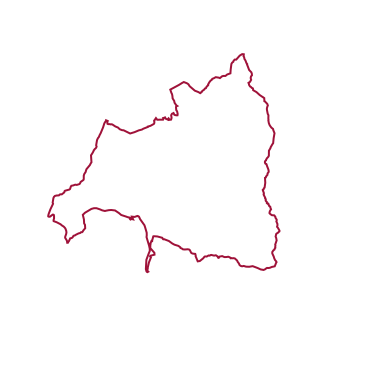 Campulung Moldovenesc, Suceava, Romania, rotated 50°
{"feature_id": "2599482B38136617822429", "entity_name": "Campulung Moldovenesc", "entity_type": "district", "adm_level": 2, "iso_a3": "ROU", "parent_name": "Romania", "parent_adm1": "Suceava", "projection": "robinson", "projection_center": [25.58, 47.494], "detail": "fine", "context": "isolated", "style": "outline", "palette": "rose", "viewbox_px": 384, "rotation_deg": 50, "n_neighbors": 0, "source": "geoboundaries", "source_scale": "gbopen_adm2", "svg_char_len": 6025}
<svg xmlns="http://www.w3.org/2000/svg" viewBox="0 0 384 384"><g transform="rotate(50 192 192)"><path d="M125.4,316.7L128.2,315.1L132.3,313.4L133.8,313.2L136.1,312.5L137.7,312.4L138.7,312.5L140.9,313.3L142.3,314.2L143.3,315.4L144.7,317.8L145.5,318.6L148.8,319.1L150.7,320.2L151.1,319.6L150.7,318.8L150.5,317.8L149.2,315.1L149.9,313.8L150.0,312.7L149.4,310.9L150.0,309.7L150.0,308.9L150.8,305.5L151.5,304.1L151.5,302.8L152.1,302.1L152.1,301.3L151.6,300.0L151.1,297.1L148.4,295.1L146.7,294.8L143.5,292.4L139.3,290.3L139.1,287.3L140.3,279.9L141.4,277.5L143.0,275.6L146.1,273.7L148.3,272.6L150.6,270.9L151.0,270.0L152.5,267.3L153.9,265.4L156.7,262.8L161.2,261.5L164.1,261.0L169.1,257.9L169.6,257.7L172.3,255.6L172.5,256.8L173.1,256.9L173.6,256.8L173.8,255.6L175.1,254.7L172.3,253.8L174.2,252.0L175.2,249.3L176.0,248.9L175.9,248.8L176.2,248.6L177.0,248.5L179.4,249.2L186.9,249.8L188.9,250.6L194.1,252.9L196.2,254.6L197.3,255.8L205.6,259.4L208.2,260.8L210.0,262.2L211.3,264.7L214.6,270.5L221.4,276.9L223.6,277.9L224.1,277.9L224.7,277.7L224.9,276.7L223.5,276.8L222.1,275.0L221.8,274.9L218.3,270.3L215.7,265.5L214.4,265.5L214.1,264.9L215.9,261.0L214.4,259.9L208.1,260.0L205.5,257.7L205.2,257.1L204.7,257.0L203.8,255.1L204.0,254.5L203.4,254.4L203.3,254.0L203.5,253.6L201.1,250.2L201.3,249.7L203.8,247.1L208.0,244.2L209.2,244.5L209.8,244.4L210.2,243.7L214.7,241.2L218.8,240.2L221.1,239.3L224.5,237.1L226.8,236.5L227.5,236.8L228.8,236.1L230.1,235.8L231.4,234.5L233.1,232.1L234.2,231.2L235.1,231.0L238.0,231.7L238.6,231.6L239.7,231.0L241.5,229.3L242.9,229.9L243.5,230.5L248.8,232.2L249.9,230.4L250.0,226.1L249.6,224.1L249.7,223.5L250.9,222.2L251.2,220.5L251.4,219.9L252.1,219.4L252.3,218.2L252.6,217.7L254.9,216.0L255.8,214.4L257.6,213.9L259.2,214.2L259.6,213.9L259.6,213.5L259.1,212.6L260.5,210.1L262.7,209.0L264.2,207.1L264.8,205.9L266.4,205.0L267.6,205.0L267.9,204.3L268.5,204.0L269.3,202.8L270.4,201.9L273.5,201.5L274.8,201.9L276.9,202.0L278.5,202.5L279.9,202.2L281.1,201.4L281.9,199.9L283.9,198.6L286.0,196.3L287.8,193.2L292.4,190.6L295.4,189.2L297.7,187.3L298.2,185.7L298.2,184.4L298.4,183.3L299.3,182.4L300.1,181.1L300.7,179.1L302.1,176.4L300.9,174.1L300.4,173.4L300.2,172.5L299.5,172.1L297.4,172.1L295.6,171.6L294.0,170.9L290.7,170.0L289.7,169.2L289.5,168.9L289.0,167.0L289.1,165.8L288.5,165.0L288.3,164.0L287.7,163.7L286.5,162.4L285.8,162.1L283.5,158.3L281.2,157.0L279.9,156.6L278.3,154.5L278.3,153.0L278.5,152.2L278.3,151.4L278.4,150.7L278.4,150.4L277.8,149.8L274.7,149.2L273.3,149.2L272.6,148.1L271.4,147.1L268.8,146.3L268.5,145.7L267.6,144.9L265.3,144.6L264.6,144.1L262.8,144.0L261.1,145.7L259.3,146.2L257.9,146.2L256.8,144.8L256.3,143.5L256.1,142.6L254.1,141.9L253.5,141.5L252.5,141.9L251.9,141.6L251.3,141.6L250.0,141.0L249.7,141.1L249.6,141.6L248.6,141.8L247.9,141.1L246.3,141.2L245.5,140.8L245.4,140.5L244.9,140.1L243.7,140.0L243.4,139.6L240.3,138.9L239.9,138.7L239.7,138.1L239.1,137.9L238.4,137.3L237.7,137.2L235.9,136.5L235.8,135.9L236.0,135.5L235.4,134.6L235.3,134.2L235.3,133.6L232.1,130.0L228.1,127.0L228.3,126.2L228.1,125.7L227.7,125.3L227.4,123.3L226.3,122.1L226.0,120.6L225.4,119.9L223.8,119.0L219.7,117.6L218.7,117.1L218.2,117.1L217.7,117.5L217.2,117.5L216.3,117.2L215.7,116.7L215.4,116.3L215.3,114.9L214.9,114.5L214.3,112.8L214.1,111.0L213.6,109.8L209.8,106.5L208.9,103.9L208.3,103.0L207.1,99.8L206.8,98.5L203.3,94.9L200.0,91.0L197.0,90.0L195.8,89.4L193.7,89.8L191.9,89.7L190.5,89.5L188.5,88.8L186.1,87.4L186.0,87.1L184.8,86.3L182.3,84.1L180.7,83.7L177.1,81.7L176.0,80.8L174.9,79.2L174.5,78.3L172.9,77.7L169.5,77.9L169.0,78.2L166.5,76.3L161.3,77.8L156.9,78.4L153.3,79.7L152.1,78.9L151.5,78.8L150.7,79.3L149.5,79.3L148.4,79.7L146.5,79.4L145.8,78.9L144.7,78.6L144.9,76.8L144.1,74.6L143.7,74.5L142.3,73.7L141.4,72.5L141.1,71.0L139.6,70.0L138.4,69.6L135.3,69.8L129.5,67.8L129.4,67.5L128.1,67.4L125.6,66.5L123.8,66.3L122.2,65.4L121.0,65.2L120.6,64.6L119.8,63.8L119.0,64.5L118.6,65.1L118.2,67.8L119.0,73.0L118.0,74.2L118.3,76.0L118.8,76.7L118.7,77.9L119.1,79.3L119.5,79.8L123.0,83.6L125.8,86.3L124.6,89.5L124.6,91.8L123.3,93.3L122.7,94.5L122.7,97.4L121.6,98.0L119.3,100.0L118.8,102.6L118.4,103.5L118.5,104.3L118.8,104.9L118.6,106.3L118.9,107.0L119.0,108.0L120.0,110.6L120.5,110.8L120.6,111.1L120.7,113.1L121.4,114.6L121.0,115.7L121.4,116.8L121.2,119.2L121.6,119.9L121.4,120.7L121.7,121.8L121.6,122.2L119.7,122.8L116.2,124.7L109.5,125.8L107.1,125.5L105.4,126.0L102.5,127.6L102.1,129.5L101.6,133.1L99.6,142.8L102.6,144.0L104.2,144.4L105.7,145.2L107.9,146.7L110.8,147.1L112.4,148.0L115.5,148.3L116.6,148.0L116.3,149.1L116.7,149.7L119.1,151.4L120.7,151.6L123.0,152.8L123.9,153.8L123.4,154.5L122.1,155.6L121.3,155.9L120.2,155.5L119.6,155.4L119.2,157.0L119.8,158.6L122.1,160.0L123.1,161.5L121.8,163.6L121.4,163.4L120.9,162.6L120.5,162.6L120.8,164.1L119.0,165.0L117.5,164.7L117.3,165.5L116.8,166.6L117.6,166.9L118.0,167.7L116.2,169.8L114.3,172.2L112.2,172.1L112.6,173.5L112.9,174.2L112.9,175.0L113.1,175.3L114.2,175.8L115.1,176.8L115.3,177.2L115.3,177.7L114.6,181.3L113.5,183.8L113.8,184.0L112.2,188.7L112.0,190.2L110.6,193.1L109.2,197.6L107.4,201.8L100.8,204.7L99.7,205.8L97.5,207.0L95.0,207.3L92.5,208.6L89.1,209.6L88.3,210.2L88.0,210.8L87.1,211.4L86.3,212.4L85.7,212.8L85.4,212.9L84.3,212.2L83.4,210.9L81.9,211.7L82.1,211.9L82.5,213.4L83.1,215.1L85.3,218.5L88.3,224.3L89.0,226.1L90.0,228.0L90.3,229.5L91.2,231.4L94.6,235.4L95.9,235.9L96.4,236.9L96.6,237.6L96.6,239.0L96.9,239.8L96.9,240.4L97.5,241.4L98.2,243.2L99.0,245.8L104.6,249.9L105.0,251.3L105.7,252.8L106.7,258.2L107.6,259.7L108.2,260.4L109.0,263.0L109.9,264.4L112.6,266.7L113.0,267.5L112.7,270.8L113.3,272.0L113.6,273.1L112.5,275.7L111.3,276.8L110.6,278.8L109.7,280.4L110.0,281.4L111.3,283.5L111.3,284.3L109.4,288.5L109.5,289.2L110.2,290.1L110.1,293.2L109.0,294.5L109.0,296.2L107.7,297.9L106.9,299.5L107.0,300.9L107.6,302.1L110.6,305.6L111.7,306.0L114.3,311.7L116.5,315.6L117.5,317.1L118.3,317.8L119.0,317.5L119.6,316.7L119.8,313.2L120.2,312.8L120.7,312.6L121.7,313.1L123.6,314.7L124.6,316.2L125.4,316.7Z" fill="none" stroke="#9f1239" stroke-width="2"/></g></svg>